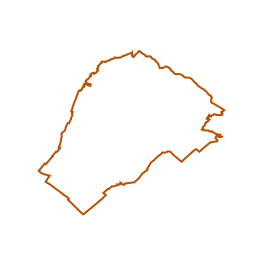 outline of Candesti, Neamt, Romania, rotated 165°
{"feature_id": "2599482B29672105595904", "entity_name": "Candesti", "entity_type": "district", "adm_level": 2, "iso_a3": "ROU", "parent_name": "Romania", "parent_adm1": "Neamt", "projection": "equal_earth", "projection_center": [26.554, 46.712], "detail": "fine", "context": "isolated", "style": "outline", "palette": "amber", "viewbox_px": 256, "rotation_deg": 165, "n_neighbors": 0, "source": "geoboundaries", "source_scale": "gbopen_adm2", "svg_char_len": 5692}
<svg xmlns="http://www.w3.org/2000/svg" viewBox="0 0 256 256"><g transform="rotate(165 128 128)"><path d="M97.2,199.5L99.7,197.8L101.3,197.4L102.4,196.2L103.9,195.4L104.6,195.1L105.4,196.8L104.7,197.4L104.8,197.9L104.8,198.6L105.3,198.9L104.8,199.9L105.9,199.3L107.2,199.5L108.6,199.5L109.3,199.2L111.9,198.8L113.1,199.0L113.4,199.0L113.6,198.7L114.0,198.6L115.5,198.6L116.3,198.1L117.1,198.1L118.3,198.2L120.3,198.7L121.9,198.9L122.1,199.2L122.5,199.4L122.5,199.2L123.0,199.1L123.6,198.8L125.0,198.9L125.9,198.6L126.7,198.9L127.3,198.4L128.4,198.3L128.9,198.0L130.7,198.3L131.6,197.8L132.5,197.8L132.4,197.5L132.8,197.3L133.1,197.5L133.3,197.7L133.3,198.1L133.6,198.3L135.9,198.7L136.4,198.9L136.6,198.8L136.3,198.3L136.7,197.6L137.8,197.1L138.6,197.1L139.7,196.1L140.6,195.8L140.4,195.5L141.2,194.6L141.3,194.2L141.9,193.8L141.8,193.6L142.5,193.2L142.4,192.9L142.1,192.6L142.3,192.1L142.0,191.8L142.0,191.5L142.2,191.2L142.6,191.1L142.7,190.9L143.3,190.8L143.5,190.3L143.9,190.2L144.1,189.9L144.8,189.6L145.1,189.8L145.8,189.8L146.1,189.6L146.4,189.0L146.9,189.2L146.9,189.4L147.2,189.9L147.1,190.2L147.4,190.3L147.6,190.1L147.4,189.8L147.5,189.7L148.0,189.8L148.1,190.1L148.3,190.2L148.6,189.9L149.3,190.0L150.3,189.6L150.4,188.9L150.3,188.3L150.6,188.2L150.3,188.0L150.3,187.7L151.6,187.4L152.7,186.3L153.6,185.9L154.1,185.8L154.2,185.5L154.5,185.6L155.1,185.4L155.8,184.9L156.6,184.6L156.7,184.3L156.2,184.3L156.2,184.0L156.3,183.7L157.5,182.4L155.6,181.5L152.7,179.7L153.6,178.3L156.9,180.7L158.6,181.6L158.7,181.3L159.4,181.3L159.5,181.2L159.4,181.0L159.5,180.9L159.9,180.8L160.1,180.6L160.2,180.2L159.6,179.5L159.5,179.3L160.0,179.0L160.9,179.2L161.4,179.1L162.0,177.6L162.3,177.5L162.6,177.6L162.8,177.4L163.0,177.3L162.8,176.9L163.0,176.7L164.5,176.3L164.8,176.4L165.3,176.9L165.5,176.9L165.7,176.4L166.0,176.4L166.3,176.2L172.5,167.5L172.9,167.1L174.3,165.2L175.2,163.7L175.8,163.1L176.3,162.0L178.0,159.4L178.6,158.7L177.2,157.6L178.7,156.2L178.1,155.3L178.1,155.1L180.7,152.0L180.6,151.8L180.7,151.5L183.7,147.9L184.6,148.4L186.6,146.6L188.1,144.5L188.8,143.0L189.7,141.8L192.1,140.8L193.6,139.8L193.9,139.1L194.1,137.5L194.4,136.5L195.4,134.7L196.0,133.3L197.2,131.0L199.2,128.0L199.3,128.1L199.8,127.4L199.1,127.0L199.8,126.4L199.1,125.9L201.4,124.2L203.0,123.3L203.6,123.8L208.5,120.4L208.2,120.1L216.6,114.4L217.6,115.2L225.4,109.6L225.3,109.3L224.9,108.8L224.2,108.1L222.6,106.1L221.5,105.6L220.4,104.7L219.1,104.0L218.0,103.1L217.1,102.8L216.0,102.2L221.5,97.4L221.4,97.2L221.0,96.9L219.9,95.7L217.7,93.4L214.0,88.6L209.1,82.5L207.6,80.3L205.4,77.9L203.4,75.2L203.6,74.8L204.5,74.2L196.2,60.0L193.6,56.1L193.2,56.2L172.8,65.6L166.8,68.9L168.7,71.6L163.2,74.4L162.9,74.0L161.0,74.5L159.0,75.9L158.0,75.4L151.1,75.6L151.5,76.0L150.1,75.7L149.5,77.2L146.9,74.1L146.0,74.4L145.0,75.3L144.4,75.0L135.8,73.9L135.4,74.2L131.0,76.3L128.3,78.4L128.1,78.7L127.2,79.4L124.8,80.9L123.7,81.1L123.0,81.5L120.9,82.1L120.0,82.7L119.8,82.9L120.1,83.7L118.8,84.6L117.9,85.8L116.9,86.4L116.1,87.6L114.7,88.8L111.4,90.1L110.6,90.5L110.1,91.0L105.3,93.3L102.6,94.4L101.6,95.0L101.2,95.5L99.5,94.8L98.2,94.6L96.5,94.8L95.6,95.1L94.9,94.9L93.4,94.2L92.7,93.4L92.5,92.9L91.1,90.1L85.0,81.5L76.5,86.0L71.0,88.7L68.0,90.0L67.0,89.3L65.5,86.7L65.3,86.6L59.4,89.5L53.5,92.2L52.1,92.7L51.3,92.8L50.1,92.7L49.0,92.4L47.4,92.4L45.8,92.0L45.1,92.2L44.8,92.5L44.7,92.7L45.0,93.4L45.2,94.1L46.1,95.3L46.1,95.6L45.1,97.1L44.3,97.5L43.2,97.1L43.3,96.7L43.1,96.0L41.5,95.6L40.4,94.9L39.7,95.3L41.2,96.0L41.0,96.7L40.4,97.5L40.6,97.7L40.9,97.9L41.4,97.8L42.1,98.0L42.6,98.5L44.8,99.6L45.2,100.2L45.6,100.3L45.9,100.9L46.8,101.7L47.1,102.3L47.6,102.4L48.0,103.3L48.3,103.4L48.7,103.1L49.7,103.4L50.2,103.6L50.6,104.7L51.7,105.0L52.3,105.3L53.4,105.4L53.9,105.6L54.5,105.7L55.8,106.6L55.6,107.0L55.9,107.0L56.2,107.4L56.5,107.2L57.0,107.4L56.1,108.1L55.9,108.9L55.4,109.1L54.9,109.8L54.6,110.0L53.5,110.4L52.3,112.2L51.9,112.3L51.5,112.7L51.6,113.0L51.4,113.2L50.8,113.5L50.1,113.3L49.4,113.5L47.5,115.1L47.2,115.2L47.7,115.8L49.1,116.0L49.3,116.3L48.8,116.7L49.3,117.1L49.2,117.2L48.6,117.0L48.4,117.3L48.1,117.3L48.0,117.5L47.7,117.4L47.5,117.5L47.5,117.9L47.2,118.2L47.5,118.3L47.1,118.7L46.6,119.5L46.2,119.8L46.0,119.6L46.0,119.2L46.9,118.4L46.3,118.1L45.9,118.3L45.5,118.3L44.9,117.6L43.9,118.4L43.1,118.5L42.9,118.3L41.3,119.0L41.2,118.8L40.0,118.5L39.2,117.8L38.1,117.3L37.6,117.3L36.7,116.8L36.0,116.8L35.1,116.4L34.4,116.6L34.1,116.3L33.3,116.5L33.2,116.7L33.6,117.2L33.3,117.7L33.5,118.1L33.2,118.4L33.8,118.7L33.9,119.2L33.1,119.7L32.8,119.5L32.3,119.5L30.6,120.2L31.1,120.5L31.3,121.3L31.2,121.5L31.8,121.9L33.5,123.9L36.4,126.5L37.6,128.0L40.7,131.0L41.1,131.4L40.2,134.2L39.3,135.3L39.1,135.8L39.6,136.6L39.7,137.7L40.0,138.0L41.3,139.1L41.9,140.3L42.1,141.5L42.8,142.7L43.8,143.8L44.3,144.8L44.4,145.3L45.3,146.0L45.9,146.8L46.6,147.3L48.1,149.2L49.0,150.0L49.5,150.9L50.1,151.8L50.7,153.3L51.8,155.1L52.3,155.7L52.9,157.2L53.8,158.9L54.7,159.8L56.6,161.0L60.2,162.2L61.5,164.3L62.5,165.6L64.9,167.0L66.0,167.3L67.2,167.4L68.0,167.7L68.7,168.1L68.8,168.4L69.1,168.7L69.3,169.2L69.8,170.0L70.0,170.1L70.2,171.1L71.3,172.0L71.3,172.6L71.7,172.9L72.0,174.3L72.3,174.6L72.2,174.8L72.5,174.9L73.5,176.4L75.3,177.6L75.7,177.7L77.7,177.1L79.4,177.1L80.3,177.5L81.5,177.5L81.5,177.8L81.6,178.0L81.9,178.1L81.9,178.3L81.8,178.6L82.2,181.2L82.2,181.8L82.6,183.4L83.0,184.4L84.3,185.8L84.4,187.1L84.8,187.4L85.7,187.7L86.0,188.3L86.7,188.9L87.0,189.3L87.2,190.0L87.3,190.7L87.6,191.2L88.9,191.7L89.3,191.7L89.8,192.0L90.3,192.2L91.1,192.0L92.1,192.4L92.3,192.6L92.5,193.5L92.4,193.9L92.6,194.2L92.9,194.3L93.7,195.2L94.8,196.1L95.7,197.6L97.2,199.5Z" fill="none" stroke="#b45309" stroke-width="2"/></g></svg>